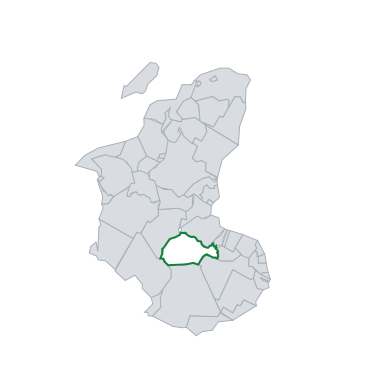 location of Niger within Africa, rotated 210°
{"feature_id": "NER", "entity_name": "Niger", "entity_type": "country or territory", "adm_level": 0, "iso_a3": "NER", "parent_name": "Africa", "parent_adm1": "", "projection": "mercator", "projection_center": [6.366, 17.607], "detail": "fine", "context": "in_parent", "style": "outline", "palette": "green", "viewbox_px": 384, "rotation_deg": 210, "n_neighbors": 49, "source": "natural_earth", "source_scale": "50m", "svg_char_len": 12882}
<svg xmlns="http://www.w3.org/2000/svg" viewBox="0 0 384 384"><g transform="rotate(210 192 192)"><path d="M249.2,200.4L266.8,212.9L266.7,225.6L270.5,231.8L267.9,233.8L251.3,235.9L248.6,228.8L238.6,225.1L234.9,219.0L234.0,212.3L238.7,208.5L237.5,201.0L249.2,200.4Z" fill="#d9dde1" stroke="#a8b0b8" stroke-width="1"/><path d="M107.3,102.3L107.3,108.0L96.4,107.8L96.5,117.2L93.4,117.5L93.2,124.5L79.4,125.7L92.6,101.3L107.3,102.3Z" fill="#d9dde1" stroke="#a8b0b8" stroke-width="1"/><path d="M234.0,212.3L238.6,225.1L231.9,225.8L230.7,236.8L234.9,238.1L235.2,241.8L226.7,236.2L210.0,234.4L208.6,221.6L203.2,220.4L199.6,224.0L194.4,224.2L190.6,216.9L176.8,216.6L181.5,212.3L184.8,213.8L189.5,209.0L195.0,198.7L198.0,183.3L201.1,180.5L210.9,183.8L221.7,179.7L227.4,179.8L230.9,183.0L235.2,181.9L240.1,189.9L235.7,195.3L234.0,212.3Z" fill="#d9dde1" stroke="#a8b0b8" stroke-width="1"/><path d="M274.7,202.9L272.7,188.0L276.5,183.1L286.0,180.6L295.4,170.5L281.7,166.5L278.0,161.9L279.9,158.8L284.8,162.3L306.5,156.9L303.0,170.3L295.2,183.2L274.7,202.9Z" fill="#d9dde1" stroke="#a8b0b8" stroke-width="1"/><path d="M266.8,212.9L249.2,200.4L252.9,190.9L249.5,183.1L253.8,178.9L263.2,185.3L275.6,184.2L272.7,188.0L274.7,202.9L266.8,212.9Z" fill="#d9dde1" stroke="#a8b0b8" stroke-width="1"/><path d="M218.1,169.8L215.5,168.3L214.4,167.3L214.7,163.5L209.3,155.0L212.9,144.4L215.8,144.6L215.7,129.3L219.5,129.2L219.5,122.1L259.0,122.1L261.1,134.1L264.2,136.3L259.0,139.9L257.0,151.7L250.3,161.7L249.4,168.2L245.3,156.2L240.7,164.4L236.1,162.8L232.7,165.8L225.3,165.6L219.7,162.9L215.8,168.4L218.1,169.8Z" fill="#d9dde1" stroke="#a8b0b8" stroke-width="1"/><path d="M215.6,130.7L215.8,144.6L212.9,144.4L209.3,155.0L212.4,159.9L196.1,170.9L187.1,172.5L182.7,165.3L187.8,163.8L184.8,152.5L181.3,148.9L187.0,141.1L189.2,127.9L185.7,119.0L189.1,117.0L215.6,130.7Z" fill="#d9dde1" stroke="#a8b0b8" stroke-width="1"/><path d="M190.7,296.7L192.3,294.8L197.7,298.4L202.5,296.2L202.5,282.5L205.8,290.1L208.2,289.7L213.9,284.3L221.7,285.1L234.3,272.7L240.1,273.3L242.6,281.0L242.3,286.4L239.6,286.0L238.4,289.8L240.4,291.8L245.6,289.8L243.5,297.3L230.2,312.9L222.1,317.6L211.4,317.3L203.1,321.0L197.4,318.4L196.9,308.5L190.7,296.7ZM232.8,298.1L229.7,297.7L226.2,301.6L229.8,304.2L232.8,298.1Z" fill="#d9dde1" stroke="#a8b0b8" stroke-width="1"/><path d="M232.8,298.1L229.8,304.2L226.2,301.6L229.7,297.7L232.8,298.1Z" fill="#d9dde1" stroke="#a8b0b8" stroke-width="1"/><path d="M240.1,273.3L229.6,270.6L220.4,257.3L226.3,258.0L237.1,249.6L245.6,253.7L245.0,266.4L240.1,273.3Z" fill="#d9dde1" stroke="#a8b0b8" stroke-width="1"/><path d="M234.3,272.7L221.7,285.1L213.9,284.3L208.2,289.7L205.8,290.1L202.5,282.5L202.5,271.9L205.8,271.7L205.9,259.1L220.4,257.3L229.6,270.6L234.3,272.7Z" fill="#d9dde1" stroke="#a8b0b8" stroke-width="1"/><path d="M202.5,271.9L202.5,296.2L197.7,298.4L192.3,294.8L190.7,296.7L186.9,291.1L183.7,272.8L175.3,255.8L219.8,256.8L205.9,259.1L205.8,271.7L202.5,271.9Z" fill="#d9dde1" stroke="#a8b0b8" stroke-width="1"/><path d="M80.6,151.6L77.5,147.7L82.5,141.7L87.7,141.2L95.7,148.0L97.9,155.5L80.7,155.7L80.1,153.1L90.1,151.9L80.6,151.6Z" fill="#d9dde1" stroke="#a8b0b8" stroke-width="1"/><path d="M97.9,155.5L95.7,148.0L97.4,145.4L117.8,145.0L114.7,111.4L119.8,111.3L146.7,130.3L146.8,132.6L150.4,132.2L148.4,144.8L132.7,146.8L122.9,152.0L118.2,162.5L109.5,163.1L105.8,156.0L102.4,157.5L97.9,155.5Z" fill="#d9dde1" stroke="#a8b0b8" stroke-width="1"/><path d="M79.4,125.7L93.2,124.5L93.4,117.5L96.5,117.2L96.4,107.8L107.3,108.0L107.3,102.3L119.8,111.3L114.7,111.4L117.8,145.0L97.4,145.4L95.7,148.0L87.7,141.2L81.4,142.8L82.0,128.9L79.4,125.7Z" fill="#d9dde1" stroke="#a8b0b8" stroke-width="1"/><path d="M145.2,176.4L142.4,176.8L141.8,166.7L138.8,162.2L145.7,156.2L148.9,161.3L145.3,168.8L145.2,176.4Z" fill="#d9dde1" stroke="#a8b0b8" stroke-width="1"/><path d="M145.2,176.4L150.8,151.0L166.3,154.2L179.8,151.6L184.8,156.7L175.4,174.0L167.0,175.8L164.5,181.4L155.9,183.1L150.6,176.3L145.2,176.4Z" fill="#d9dde1" stroke="#a8b0b8" stroke-width="1"/><path d="M184.5,154.1L187.8,163.8L182.7,165.3L187.6,171.6L184.5,181.5L189.3,191.5L168.4,189.7L164.5,182.3L165.4,179.0L169.9,173.8L175.4,174.0L184.5,154.1Z" fill="#d9dde1" stroke="#a8b0b8" stroke-width="1"/><path d="M139.2,160.4L142.4,176.8L139.8,177.5L136.1,161.4L139.2,160.4Z" fill="#d9dde1" stroke="#a8b0b8" stroke-width="1"/><path d="M136.3,160.3L139.8,177.5L126.7,180.6L126.4,160.5L136.3,160.3Z" fill="#d9dde1" stroke="#a8b0b8" stroke-width="1"/><path d="M109.5,163.1L115.6,162.0L126.8,165.0L126.7,180.6L110.6,182.7L111.0,178.2L107.6,175.7L109.5,163.1Z" fill="#d9dde1" stroke="#a8b0b8" stroke-width="1"/><path d="M90.6,155.0L102.4,157.5L105.8,156.0L109.5,163.1L108.7,171.6L105.6,172.8L103.7,168.7L101.2,169.4L99.2,163.6L92.1,167.5L85.8,160.3L90.6,155.0Z" fill="#d9dde1" stroke="#a8b0b8" stroke-width="1"/><path d="M80.7,155.7L90.6,155.0L90.5,157.6L85.8,160.3L80.7,155.7Z" fill="#d9dde1" stroke="#a8b0b8" stroke-width="1"/><path d="M108.1,171.6L107.6,175.7L111.0,178.2L110.6,182.7L98.1,174.6L102.2,169.2L105.6,172.8L108.1,171.6Z" fill="#d9dde1" stroke="#a8b0b8" stroke-width="1"/><path d="M92.1,167.5L99.2,163.6L102.2,169.2L98.1,174.6L92.1,167.5Z" fill="#d9dde1" stroke="#a8b0b8" stroke-width="1"/><path d="M118.2,162.5L122.0,152.8L132.7,146.8L137.5,147.0L139.6,154.1L143.5,154.9L139.2,160.4L126.4,160.5L126.8,165.0L118.2,162.5Z" fill="#d9dde1" stroke="#a8b0b8" stroke-width="1"/><path d="M227.4,179.8L217.5,180.2L210.9,183.8L201.1,180.5L197.7,185.6L193.3,184.8L189.6,189.7L184.4,179.1L187.1,172.5L196.1,170.9L212.4,159.9L214.4,167.3L227.4,179.8Z" fill="#d9dde1" stroke="#a8b0b8" stroke-width="1"/><path d="M197.7,185.6L195.0,198.7L189.5,209.0L184.8,213.8L178.3,212.1L175.9,214.1L173.2,210.5L175.7,208.7L174.5,206.5L178.1,203.8L182.8,205.5L184.3,201.7L182.3,197.1L183.8,193.3L180.5,192.9L179.8,189.7L189.3,191.5L193.3,184.8L197.7,185.6Z" fill="#d9dde1" stroke="#a8b0b8" stroke-width="1"/><path d="M173.8,189.7L179.4,189.5L180.5,192.9L183.8,193.3L182.3,197.1L184.3,201.7L182.8,205.5L178.1,203.8L174.5,206.5L175.7,208.7L173.2,210.5L165.5,201.0L167.9,193.9L173.8,193.7L173.8,189.7Z" fill="#d9dde1" stroke="#a8b0b8" stroke-width="1"/><path d="M168.4,189.7L173.8,189.7L173.8,193.7L167.9,193.9L168.4,189.7Z" fill="#d9dde1" stroke="#a8b0b8" stroke-width="1"/><path d="M238.6,225.1L246.9,229.6L245.1,243.4L246.9,244.3L236.8,247.1L237.1,249.6L226.3,258.0L213.6,256.6L209.1,251.5L209.3,240.6L216.2,240.6L215.9,233.9L226.7,236.2L235.2,241.8L234.9,238.1L230.7,236.8L231.0,227.9L232.8,225.4L238.6,225.1Z" fill="#d9dde1" stroke="#a8b0b8" stroke-width="1"/><path d="M245.3,228.1L250.4,231.3L251.3,242.9L255.1,246.5L252.9,254.0L251.0,246.5L245.1,243.4L247.8,232.5L245.3,228.1Z" fill="#d9dde1" stroke="#a8b0b8" stroke-width="1"/><path d="M251.3,235.9L261.0,236.1L270.5,231.8L272.0,246.7L267.6,253.8L252.1,264.5L254.3,280.1L246.2,284.6L245.6,289.8L243.1,289.7L240.1,273.3L245.0,266.4L245.6,253.7L237.3,250.8L236.8,247.1L246.9,244.3L251.0,246.5L252.9,254.0L255.1,246.5L251.3,242.9L251.3,235.9Z" fill="#d9dde1" stroke="#a8b0b8" stroke-width="1"/><path d="M243.1,289.7L240.4,291.8L238.4,289.8L239.6,286.0L243.1,289.7Z" fill="#d9dde1" stroke="#a8b0b8" stroke-width="1"/><path d="M175.9,214.1L178.3,213.9L176.8,216.6L175.9,214.1ZM177.3,217.6L190.6,216.9L194.4,224.2L199.6,224.0L203.2,220.4L208.6,221.6L210.0,234.4L216.2,234.9L216.2,240.6L209.3,240.6L209.1,251.5L213.6,256.6L175.3,255.8L182.0,235.1L177.3,217.6Z" fill="#d9dde1" stroke="#a8b0b8" stroke-width="1"/><path d="M237.7,205.3L238.7,208.5L234.0,212.3L232.9,206.7L237.7,205.3Z" fill="#d9dde1" stroke="#a8b0b8" stroke-width="1"/><path d="M300.1,237.7L304.0,250.2L301.7,250.3L293.1,283.1L287.5,285.5L282.9,283.3L280.6,275.2L284.3,263.3L282.7,256.2L284.3,252.0L290.5,250.5L300.1,237.7Z" fill="#d9dde1" stroke="#a8b0b8" stroke-width="1"/><path d="M80.1,153.1L86.0,150.6L90.1,151.9L80.1,153.1Z" fill="#d9dde1" stroke="#a8b0b8" stroke-width="1"/><path d="M167.8,91.3L161.3,76.3L164.3,64.7L167.9,63.0L170.1,65.6L173.0,64.1L170.0,75.4L174.5,80.2L167.8,91.3Z" fill="#d9dde1" stroke="#a8b0b8" stroke-width="1"/><path d="M107.3,102.3L107.3,96.9L131.9,83.6L129.0,72.0L132.2,69.8L141.1,66.1L164.3,64.7L161.3,76.3L166.4,84.3L168.9,94.6L167.3,107.2L170.6,113.5L176.2,116.8L155.1,130.7L146.8,132.6L146.7,130.3L107.3,102.3Z" fill="#d9dde1" stroke="#a8b0b8" stroke-width="1"/><path d="M257.6,148.7L259.0,139.9L264.2,136.3L267.0,143.5L279.7,154.6L277.3,155.2L269.5,148.4L257.6,148.7Z" fill="#d9dde1" stroke="#a8b0b8" stroke-width="1"/><path d="M92.6,101.3L104.4,92.7L105.3,82.4L113.2,76.3L116.5,69.6L129.0,72.0L131.9,83.6L107.3,96.9L107.4,101.3L92.6,101.3Z" fill="#d9dde1" stroke="#a8b0b8" stroke-width="1"/><path d="M259.0,122.1L219.5,122.1L220.0,86.4L232.5,89.1L239.4,86.4L242.7,88.8L250.4,87.7L252.5,94.4L250.0,100.7L243.9,93.4L255.1,115.2L254.6,118.1L259.0,122.1Z" fill="#d9dde1" stroke="#a8b0b8" stroke-width="1"/><path d="M219.2,85.1L219.5,129.2L215.6,130.7L189.1,117.0L183.3,120.4L170.6,113.5L167.3,107.2L169.4,87.1L174.5,80.2L187.0,83.6L188.6,87.1L199.8,91.4L205.7,81.9L219.2,85.1Z" fill="#d9dde1" stroke="#a8b0b8" stroke-width="1"/><path d="M295.4,170.5L286.0,180.6L268.0,185.9L256.7,182.4L246.0,171.3L257.6,148.7L261.4,149.4L262.5,146.9L274.8,152.0L277.3,155.2L275.3,160.2L278.7,160.6L281.7,166.5L295.4,170.5Z" fill="#d9dde1" stroke="#a8b0b8" stroke-width="1"/><path d="M277.3,155.2L280.5,155.7L278.7,160.6L275.3,160.2L277.3,155.2Z" fill="#d9dde1" stroke="#a8b0b8" stroke-width="1"/><path d="M249.2,200.4L234.8,201.7L240.3,184.7L249.5,183.1L251.1,185.4L252.9,190.9L249.2,200.4Z" fill="#d9dde1" stroke="#a8b0b8" stroke-width="1"/><path d="M237.5,201.0L238.7,204.9L232.9,206.7L233.8,202.7L237.5,201.0Z" fill="#d9dde1" stroke="#a8b0b8" stroke-width="1"/><path d="M238.9,185.6L235.2,181.9L229.4,182.6L215.8,168.4L222.1,162.4L225.3,165.6L232.7,165.8L236.1,162.8L240.7,164.4L244.1,160.1L243.1,157.1L246.8,156.4L249.4,168.2L246.0,171.3L253.8,178.9L247.4,184.6L238.9,185.6Z" fill="#d9dde1" stroke="#a8b0b8" stroke-width="1"/><path d="M181.6,151.2L181.0,151.2L180.6,151.3L180.2,151.6L179.7,151.8L179.1,152.1L178.7,152.3L178.4,152.5L177.9,152.9L177.7,153.3L177.3,153.3L176.6,153.3L176.2,152.9L175.2,152.6L174.5,152.4L174.2,152.4L172.7,152.3L171.1,152.5L170.3,152.6L170.2,152.7L169.7,152.9L169.3,153.1L168.3,154.2L166.9,154.2L166.1,154.1L165.4,153.9L164.4,153.4L163.2,152.6L162.7,152.5L162.3,152.4L162.2,152.4L160.7,153.2L160.1,153.3L159.9,153.5L159.7,153.6L159.3,153.6L159.1,153.4L158.9,153.2L158.3,152.3L158.2,152.2L157.9,151.9L157.5,151.5L157.2,151.3L156.8,151.3L155.7,151.0L154.5,150.6L154.3,150.6L154.1,150.7L153.7,151.0L153.2,151.0L152.6,151.0L152.3,151.0L151.8,151.1L151.4,151.2L151.0,151.4L150.4,151.9L150.2,151.9L150.0,152.0L149.8,153.4L149.7,153.8L149.4,154.4L148.8,154.9L148.4,155.2L148.4,155.6L148.3,156.3L148.3,156.8L148.4,157.1L148.3,157.3L148.3,157.6L148.4,157.8L148.2,158.0L148.0,157.7L147.7,157.5L147.4,157.4L147.2,157.3L147.1,157.0L146.7,156.6L145.8,155.7L145.7,155.7L145.3,155.8L145.2,155.9L145.1,156.0L144.9,156.0L144.5,156.1L144.1,156.2L144.1,156.4L144.3,157.0L144.2,157.4L144.0,157.2L143.5,156.5L143.2,156.1L143.1,155.9L143.1,155.7L143.3,155.7L143.6,155.6L143.7,155.4L143.6,155.2L143.4,154.8L143.2,154.6L142.8,154.6L142.4,154.9L142.2,154.9L141.8,154.9L141.4,154.8L141.2,154.7L140.6,154.2L139.9,153.6L139.6,153.5L139.5,153.4L139.5,153.0L139.5,152.5L139.5,152.3L139.8,152.4L140.1,152.5L140.2,152.4L140.0,152.2L139.6,152.0L139.5,151.7L139.4,151.6L139.2,151.5L139.0,151.4L138.9,151.4L138.7,151.3L138.5,151.2L138.3,151.2L138.0,150.7L137.7,150.3L137.5,149.9L137.4,149.7L137.5,149.3L137.4,149.2L137.1,148.8L136.8,148.5L136.9,147.9L136.9,147.5L136.9,147.2L137.0,147.0L137.0,146.9L137.7,146.8L138.6,146.9L139.4,146.8L140.0,146.3L140.6,145.8L141.5,145.7L142.4,145.7L143.2,145.7L144.3,145.6L145.2,145.6L146.2,145.5L146.3,145.3L147.2,145.4L147.9,145.5L148.0,145.1L148.6,144.5L148.9,144.4L149.0,144.3L149.1,144.1L149.2,143.8L149.2,143.6L149.4,143.5L149.5,143.1L149.6,142.6L150.0,142.0L150.2,141.3L150.2,140.5L150.2,139.9L150.3,139.8L150.3,138.8L150.3,137.8L150.3,136.9L150.3,135.8L150.3,134.9L150.3,133.8L150.3,132.9L150.3,132.3L151.0,132.1L151.8,132.0L152.9,131.8L154.1,131.5L155.4,131.3L155.7,131.1L156.7,130.2L157.1,129.8L158.0,129.0L158.7,128.4L159.5,127.6L160.4,126.8L161.2,126.2L162.3,125.4L164.0,124.3L165.7,123.2L167.5,122.2L169.2,121.1L170.9,120.0L172.6,118.9L174.4,117.7L176.1,116.6L177.8,117.1L179.5,117.5L181.1,117.9L181.5,118.1L182.4,118.9L183.5,119.9L184.7,119.3L186.1,118.5L186.5,120.6L186.8,122.4L186.8,123.5L186.8,123.8L186.9,124.0L187.2,124.2L188.2,125.9L188.0,126.1L188.1,126.7L188.4,126.9L189.3,127.8L189.4,128.0L188.7,129.3L188.6,129.6L188.5,131.0L188.4,132.1L188.3,133.5L188.2,135.1L188.1,136.5L187.9,138.4L187.8,140.1L186.9,141.1L185.4,142.8L184.1,144.1L183.5,145.1L182.2,146.8L181.7,148.0L181.2,148.6L181.0,148.9L181.2,149.7L181.6,151.2Z" fill="none" stroke="#15803d" stroke-width="2"/></g></svg>